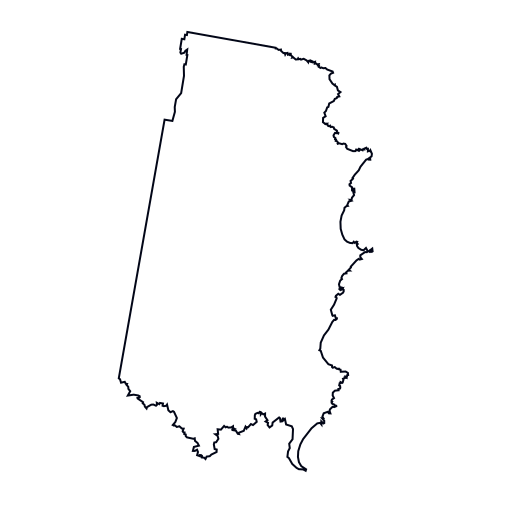 the district of Denmark, Western Australia, Australia, rotated 280°
{"feature_id": "25037944B90574007914814", "entity_name": "Denmark", "entity_type": "district", "adm_level": 2, "iso_a3": "AUS", "parent_name": "Australia", "parent_adm1": "Western Australia", "projection": "equal_earth", "projection_center": [117.036, -34.911], "detail": "fine", "context": "isolated", "style": "outline", "palette": "ink", "viewbox_px": 512, "rotation_deg": 280, "n_neighbors": 0, "source": "geoboundaries", "source_scale": "gbopen_adm2", "svg_char_len": 6031}
<svg xmlns="http://www.w3.org/2000/svg" viewBox="0 0 512 512"><g transform="rotate(280 256 256)"><path d="M464.5,239.1L464.7,149.5L461.6,149.6L461.6,147.7L457.0,147.8L457.0,145.2L446.8,145.3L446.8,146.2L443.2,146.2L442.2,147.2L443.7,150.0L445.9,150.9L447.4,152.4L442.0,152.7L442.0,153.5L432.4,153.6L432.4,152.2L429.8,152.0L420.9,153.8L403.4,154.0L396.5,150.1L388.6,150.1L383.9,151.1L374.5,150.2L374.4,142.3L111.7,142.1L111.0,143.5L107.8,145.1L109.3,148.6L107.6,149.9L107.6,151.2L106.6,150.9L105.0,152.9L103.0,153.4L101.0,155.6L96.3,154.0L98.2,159.6L98.2,164.3L97.7,165.8L96.7,166.0L95.6,163.9L95.1,164.2L92.4,170.2L91.3,170.0L90.1,172.0L88.4,172.7L86.8,174.7L88.3,174.9L91.4,178.7L91.9,180.7L91.2,183.5L92.3,184.3L94.2,183.8L93.3,186.4L94.6,186.9L94.6,190.0L92.3,190.0L92.1,191.3L92.9,193.6L94.2,194.2L88.8,196.5L87.3,198.9L88.8,201.1L88.3,202.3L82.7,206.2L78.5,205.4L75.1,203.4L74.7,204.6L75.1,205.6L73.9,207.7L75.0,210.1L73.2,213.0L73.4,214.7L70.7,214.2L69.8,215.1L69.8,216.3L68.2,216.3L68.0,217.8L66.4,218.1L65.4,219.5L65.1,226.1L65.8,227.3L63.4,228.0L61.7,230.9L59.3,232.7L57.2,228.0L53.1,227.7L53.4,229.6L55.0,231.6L52.9,232.9L49.6,232.6L49.1,235.5L50.2,235.3L50.4,236.4L49.8,237.5L48.2,237.7L48.4,239.9L47.3,241.5L49.9,242.2L50.8,245.2L52.7,246.5L56.1,251.2L58.6,250.9L58.7,248.8L63.1,247.2L65.1,247.3L65.7,249.1L69.4,250.7L72.1,249.5L73.4,246.9L74.2,249.6L78.7,248.3L78.9,251.6L83.1,254.1L82.0,255.8L82.8,257.1L82.2,258.6L82.9,261.4L84.3,262.9L82.6,263.2L82.1,264.8L81.0,262.8L80.5,263.0L80.5,266.5L77.7,269.0L77.7,270.0L78.4,269.4L79.1,270.0L81.7,274.3L86.1,275.3L84.6,276.7L86.0,277.1L86.0,278.0L89.6,280.2L89.0,282.4L92.8,285.5L95.2,284.5L95.5,283.0L99.1,282.5L100.4,282.8L101.8,284.8L101.6,285.9L103.2,286.7L103.1,287.7L100.9,288.2L102.3,288.9L101.3,290.7L102.4,292.3L99.4,292.8L96.3,295.8L94.7,294.2L93.8,296.8L91.6,296.8L89.5,299.1L91.9,301.4L94.9,301.3L101.0,306.8L100.4,307.8L97.2,308.9L97.6,310.1L100.6,310.6L100.7,311.1L98.9,311.5L100.5,312.8L95.3,314.9L94.5,320.8L92.0,322.5L81.9,323.8L76.9,321.3L72.7,322.6L69.1,321.5L63.6,321.8L62.7,323.5L57.5,327.8L54.4,332.7L53.5,335.2L54.0,339.5L53.1,342.2L54.6,342.4L56.9,337.1L60.4,334.1L65.4,332.2L71.2,331.5L78.2,332.4L83.9,334.2L96.0,340.6L101.8,345.4L102.8,348.1L101.4,349.7L104.4,349.1L102.8,351.5L103.3,352.2L105.6,351.8L107.7,349.2L108.0,350.5L109.4,349.3L112.9,350.0L115.0,353.7L113.7,355.1L113.9,356.6L116.3,355.3L117.9,355.5L120.8,357.6L120.8,359.3L122.5,361.8L122.3,359.6L123.2,359.1L123.7,356.8L124.6,355.9L125.8,356.4L126.3,355.5L127.8,355.7L129.6,357.5L132.0,355.7L134.8,355.4L137.1,357.1L138.1,360.6L139.3,360.2L140.0,361.7L140.8,361.9L142.6,361.4L143.0,360.4L145.3,360.5L145.5,361.3L146.5,361.2L146.0,362.9L146.4,363.3L149.2,363.6L150.2,363.0L151.1,364.5L151.8,364.4L151.7,366.0L152.9,365.2L153.0,366.5L154.5,366.5L154.8,367.4L156.8,366.8L157.8,364.3L156.7,359.6L158.7,359.0L158.9,356.8L159.3,356.9L159.0,355.0L160.3,352.8L159.3,351.0L159.8,350.2L161.4,349.9L162.0,346.1L167.6,339.6L173.9,336.2L174.2,334.8L176.0,335.4L181.9,334.8L189.6,336.7L196.1,340.1L204.3,342.6L206.7,344.0L206.8,345.4L208.1,346.5L208.7,346.5L208.6,345.4L211.3,344.0L210.4,341.9L210.8,341.5L216.1,339.0L221.6,341.3L228.2,342.8L229.2,342.4L229.5,341.4L230.7,341.6L233.1,343.6L232.3,345.4L235.0,348.1L236.5,348.5L237.9,348.2L238.1,347.0L238.7,347.1L237.7,346.0L238.1,345.5L237.2,344.9L237.9,343.9L239.8,345.8L240.0,343.7L242.6,342.6L246.4,343.2L248.2,344.7L249.1,343.9L251.3,344.3L253.8,345.7L254.6,348.0L255.4,347.5L257.5,349.1L257.9,350.8L258.5,349.7L261.3,351.5L262.0,351.2L269.1,355.7L271.0,357.6L270.5,358.8L271.4,360.7L273.0,358.9L274.8,358.6L278.8,362.7L279.0,364.5L280.0,365.3L283.0,362.9L280.3,360.9L280.4,358.5L281.7,355.4L283.4,353.8L284.8,353.3L285.5,354.0L286.2,352.8L287.5,353.2L287.6,352.4L286.1,351.0L287.0,349.8L285.4,348.9L285.2,346.3L285.9,343.2L287.7,340.3L292.0,337.3L297.4,334.7L304.4,333.2L310.8,333.3L316.3,334.9L318.9,334.8L320.9,336.5L321.3,337.7L322.0,337.0L325.8,337.9L327.0,340.5L327.7,339.3L327.8,340.3L330.2,340.4L333.0,342.0L337.4,340.0L337.3,339.2L340.4,338.6L341.6,336.0L342.9,335.6L344.4,336.9L346.4,336.1L348.4,337.8L349.2,338.1L349.6,337.5L353.3,339.2L358.2,342.3L362.1,343.4L370.0,347.7L371.0,349.5L370.5,350.1L370.7,351.8L371.5,351.6L371.8,350.2L374.2,352.5L376.8,352.4L380.0,350.3L379.1,350.0L379.4,349.5L378.5,348.0L381.0,347.6L380.7,346.7L381.8,345.9L380.7,344.2L379.8,344.3L379.9,343.0L378.6,342.7L379.5,338.7L378.9,338.3L378.4,339.9L377.4,339.2L378.2,336.2L376.6,335.8L376.1,333.4L377.4,327.2L379.0,325.7L380.1,326.1L381.9,324.4L381.9,322.6L381.1,321.5L381.5,317.7L380.8,317.3L380.3,316.3L381.5,317.5L383.0,316.0L383.2,314.5L384.5,314.6L384.7,313.6L385.9,313.7L386.8,312.0L388.3,311.4L390.9,312.4L391.1,314.5L390.3,315.0L391.2,314.7L390.9,315.7L391.5,315.8L392.1,314.1L393.5,313.9L394.8,310.8L396.1,310.3L396.5,308.6L396.0,307.3L397.2,306.4L396.5,305.7L396.6,304.5L397.8,303.6L397.9,302.2L398.6,302.7L398.3,300.9L399.4,298.7L403.7,298.1L405.7,300.3L409.0,298.4L411.0,299.7L414.7,300.3L415.4,301.4L418.9,301.6L422.1,305.7L424.4,306.3L425.5,308.1L426.7,308.3L427.6,310.3L429.7,308.7L432.1,310.7L433.3,307.9L436.7,306.3L437.6,304.0L438.5,303.9L438.1,303.2L439.1,301.3L442.9,297.7L446.6,296.9L448.6,298.1L449.8,300.1L451.0,299.4L452.0,293.7L453.2,291.7L452.6,289.8L453.0,287.5L452.4,286.8L453.2,284.9L454.4,285.0L454.4,284.1L455.8,284.4L455.3,282.9L456.1,281.7L455.6,280.5L457.5,280.4L456.5,278.5L456.7,276.6L457.6,277.3L458.0,275.7L457.0,275.6L457.5,274.3L456.9,273.5L456.0,273.6L457.4,271.9L458.5,268.7L457.2,266.2L457.8,265.4L457.2,264.0L458.0,263.2L456.9,262.8L456.4,261.1L458.1,258.1L457.7,257.2L458.6,257.4L459.7,255.5L461.2,255.1L461.1,254.1L459.9,253.9L460.2,253.1L459.8,252.5L461.5,251.8L460.9,250.3L459.5,249.8L460.9,249.1L460.6,247.8L462.5,244.9L463.6,244.7L462.9,242.5L464.0,240.3L463.8,239.3L464.5,239.1ZM283.5,369.2L280.2,366.2L279.9,367.0L280.8,367.1L280.0,368.6L280.3,369.3L281.1,368.8L281.2,369.9L283.5,369.2ZM339.3,340.5L336.4,340.9L336.2,341.9L339.4,341.1L339.3,340.5Z" fill="none" stroke="#020617" stroke-width="2"/></g></svg>